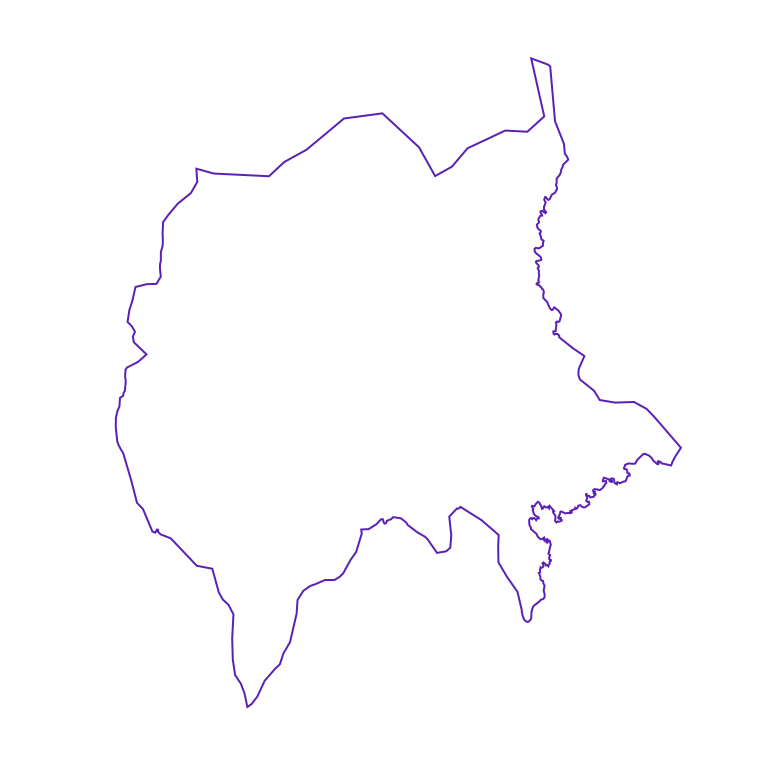 Geidam, Yobe, Nigeria, rotated 166°
{"feature_id": "59680162B70118559758614", "entity_name": "Geidam", "entity_type": "district", "adm_level": 2, "iso_a3": "NGA", "parent_name": "Nigeria", "parent_adm1": "Yobe", "projection": "equal_earth", "projection_center": [11.91, 12.702], "detail": "fine", "context": "isolated", "style": "outline", "palette": "violet", "viewbox_px": 768, "rotation_deg": 166, "n_neighbors": 0, "source": "geoboundaries", "source_scale": "gbopen_adm2", "svg_char_len": 6166}
<svg xmlns="http://www.w3.org/2000/svg" viewBox="0 0 768 768"><g transform="rotate(166 384 384)"><path d="M653.8,380.2L652.6,351.8L652.4,328.5L648.1,320.9L644.4,296.8L641.9,295.1L639.5,297.7L638.5,297.1L639.0,295.3L637.1,292.1L628.3,285.9L609.6,252.9L595.3,246.3L594.7,221.8L592.6,214.0L588.3,207.4L585.8,196.9L592.9,173.7L597.4,153.0L598.9,137.7L595.4,127.9L594.2,118.0L594.7,103.7L590.1,105.4L582.7,111.2L571.5,125.0L558.3,134.2L552.9,137.2L546.7,147.0L537.7,156.2L524.3,182.4L520.2,195.2L512.3,202.9L504.4,205.9L498.9,206.4L488.9,208.1L479.3,205.8L473.5,207.7L469.4,210.2L458.9,221.5L451.7,227.7L441.8,244.2L441.3,248.3L434.0,246.9L425.2,249.8L419.4,253.5L417.8,253.0L417.8,249.8L417.2,248.4L415.5,248.6L414.3,250.6L409.8,251.1L407.3,252.6L400.1,249.6L395.9,244.2L395.1,241.4L387.6,232.1L381.2,225.9L379.4,223.1L373.4,207.3L364.1,206.6L359.3,209.2L355.3,221.0L352.8,239.5L343.3,245.6L342.3,245.0L340.6,245.5L339.6,246.3L322.4,228.4L309.2,209.7L312.3,199.7L316.1,183.3L311.3,167.0L304.8,150.2L305.0,131.1L305.5,129.6L305.3,127.8L305.6,126.0L305.1,121.9L304.2,120.1L303.0,118.7L301.3,118.4L299.3,119.5L297.9,120.8L296.2,126.6L294.8,129.5L292.6,132.4L286.0,135.3L284.3,136.6L281.5,136.9L279.9,138.1L279.0,141.0L279.1,144.8L277.0,149.5L277.6,151.8L277.3,154.4L278.7,155.2L279.4,156.7L278.9,159.3L279.4,163.1L278.9,163.0L278.0,163.6L277.6,165.9L276.4,168.3L275.7,167.6L274.8,167.6L273.5,168.3L273.2,170.1L273.6,171.7L272.5,172.3L270.9,170.3L270.8,168.8L269.6,168.8L268.7,167.4L268.0,168.8L266.7,169.5L266.1,171.8L265.1,171.8L264.6,172.7L266.1,174.3L265.7,175.6L264.2,177.8L265.2,179.0L265.4,180.0L264.7,180.7L262.4,185.6L261.0,187.7L261.2,191.9L262.1,192.5L263.8,190.5L264.7,191.1L263.1,193.3L263.2,194.0L266.2,193.0L266.4,194.4L265.7,195.2L265.8,196.3L268.2,195.1L269.7,195.7L271.2,197.7L271.9,199.4L272.2,201.5L276.5,207.7L276.2,209.0L277.0,211.7L276.4,215.6L275.9,217.2L275.1,218.0L273.6,218.4L272.9,217.0L272.0,217.7L270.7,217.6L269.3,215.0L267.5,216.7L266.3,216.3L266.4,217.6L268.4,218.9L270.1,221.6L270.0,224.5L270.3,225.6L269.6,226.1L269.4,227.0L270.1,229.3L269.8,229.9L267.8,229.0L267.3,229.2L266.0,230.7L263.2,232.5L261.8,231.0L261.9,229.9L261.0,228.0L261.0,224.7L260.0,224.8L258.7,226.4L258.0,226.6L257.0,225.1L255.1,225.1L254.1,223.5L253.6,225.4L252.9,225.9L249.7,219.6L250.9,219.4L251.0,218.6L249.6,214.7L250.3,211.8L251.0,210.3L251.0,209.3L250.0,207.9L248.8,208.6L247.6,208.0L246.6,208.1L244.6,208.5L244.4,209.0L245.1,209.9L244.9,211.4L245.3,211.6L245.9,210.8L246.7,210.8L247.3,211.5L247.2,212.5L245.1,214.8L243.6,217.5L242.5,217.2L239.3,214.5L237.0,214.5L234.1,213.5L233.2,213.9L234.1,215.1L233.9,215.8L232.1,215.6L231.8,216.2L228.6,216.4L228.3,217.6L227.2,216.5L225.9,217.4L224.8,219.0L222.8,218.9L222.0,217.4L220.0,215.8L219.0,215.7L214.0,217.5L213.5,219.3L213.8,220.3L214.9,220.2L215.8,221.2L215.9,222.0L214.6,223.9L214.4,224.7L214.8,227.2L214.5,228.3L214.1,228.3L214.3,227.2L214.0,226.7L212.0,225.8L211.8,224.7L211.4,224.1L207.9,223.8L206.7,225.0L205.7,225.3L205.4,226.1L206.7,226.7L206.8,227.3L205.7,227.9L205.5,228.4L206.9,229.0L206.8,230.3L206.3,230.7L205.0,231.1L204.0,230.4L202.7,230.3L201.2,229.1L200.1,228.9L197.6,229.9L196.1,230.9L195.8,231.7L194.9,231.8L193.9,233.3L192.2,234.2L192.1,236.2L195.2,236.6L194.6,238.1L193.3,239.9L188.4,236.8L188.7,235.4L187.3,234.0L186.4,233.9L186.2,234.9L187.1,236.3L186.6,237.2L184.8,237.1L183.9,236.1L184.3,232.2L182.3,230.4L181.9,232.0L181.2,232.3L179.3,230.7L174.4,231.4L173.4,231.1L172.1,232.4L170.8,234.7L169.5,235.7L167.9,235.6L167.5,236.5L167.7,237.9L168.6,238.0L169.4,239.1L169.0,240.4L169.4,242.7L171.3,243.3L171.5,244.6L170.1,246.1L169.5,247.3L165.8,247.7L161.3,246.2L159.4,246.1L156.7,249.1L149.3,253.3L147.4,252.9L144.1,250.4L142.1,247.3L141.2,244.4L138.1,240.0L137.1,240.0L136.6,240.8L137.1,242.2L136.6,242.8L135.1,241.9L134.2,241.0L133.9,239.9L125.1,235.5L122.9,238.7L119.1,243.0L111.3,250.3L129.8,286.9L135.2,296.3L145.8,306.1L164.1,310.0L178.5,316.2L181.8,326.6L192.8,341.0L193.2,345.7L191.4,351.5L182.8,362.6L192.3,373.3L202.7,386.9L202.3,388.6L203.6,390.7L205.2,391.1L206.7,390.8L207.2,391.3L207.2,393.6L206.9,394.1L204.7,393.8L202.8,398.7L202.2,401.0L202.3,402.1L201.0,402.8L199.5,402.0L198.5,402.4L195.4,408.0L195.6,409.5L196.9,412.8L200.0,417.0L200.7,417.0L202.3,415.2L203.5,415.3L204.3,416.3L205.1,419.1L205.9,424.3L208.6,428.8L207.9,432.0L206.7,434.2L206.7,437.2L207.7,438.1L207.9,439.7L208.8,440.6L209.3,442.1L211.3,443.2L211.8,444.2L210.7,445.1L209.6,444.7L209.1,445.0L209.1,447.3L207.1,452.0L206.9,454.7L206.2,456.4L206.9,458.9L206.7,459.4L205.5,460.0L205.2,461.6L206.8,464.3L207.1,465.3L206.9,466.0L205.8,466.4L201.8,466.2L201.1,466.7L201.2,468.8L201.7,470.0L204.9,474.2L205.7,476.1L205.2,478.8L203.8,479.4L200.8,478.1L196.3,479.8L195.5,482.9L194.6,483.9L194.5,484.6L196.1,486.0L196.3,487.0L196.1,489.9L196.6,492.5L195.6,492.9L194.9,494.0L194.9,494.9L196.5,496.8L197.3,498.8L197.3,501.2L196.9,501.8L194.7,503.1L194.3,504.2L194.6,505.7L194.0,507.1L191.4,509.5L189.8,509.2L190.0,511.3L190.7,512.3L190.4,513.6L188.8,513.9L186.0,510.7L185.1,511.5L186.3,513.9L186.4,515.1L185.7,517.7L184.6,518.8L183.2,521.3L183.8,522.9L183.8,524.6L183.0,525.3L182.3,526.5L181.9,526.3L180.6,523.4L179.7,522.8L178.4,523.4L175.3,527.2L171.8,528.2L168.9,531.4L168.7,532.8L169.0,535.3L167.8,537.5L166.7,541.7L163.3,544.1L162.0,545.5L161.1,546.8L160.3,548.9L157.9,551.9L157.2,553.4L151.4,556.8L150.9,557.6L151.7,561.1L152.8,563.7L151.3,573.5L154.5,597.6L145.9,651.9L147.4,654.1L162.4,664.3L163.8,604.9L183.9,594.1L205.1,600.6L245.9,592.5L265.6,578.4L284.1,573.4L292.7,605.1L320.1,647.0L358.6,651.3L402.4,630.1L427.2,623.5L445.3,613.4L498.3,629.4L514.0,638.3L516.3,625.2L525.2,616.0L540.6,608.8L552.2,600.4L559.2,594.5L562.4,583.6L564.1,575.7L565.7,570.9L568.5,566.2L570.8,557.4L572.5,554.0L573.5,549.9L574.6,542.2L580.6,536.2L590.2,538.3L601.7,538.2L608.1,525.5L613.1,517.5L617.8,506.3L614.7,501.0L613.0,495.0L616.2,490.8L616.6,485.0L607.3,470.2L617.1,465.0L629.3,462.2L631.3,460.5L633.5,453.6L633.8,449.6L637.0,440.1L638.8,438.5L640.0,435.6L643.5,434.4L646.1,426.3L649.1,422.4L652.3,416.1L654.7,407.1L656.7,392.8L656.3,389.0L655.2,384.4L653.8,380.2Z" fill="none" stroke="#5b21b6" stroke-width="2"/></g></svg>